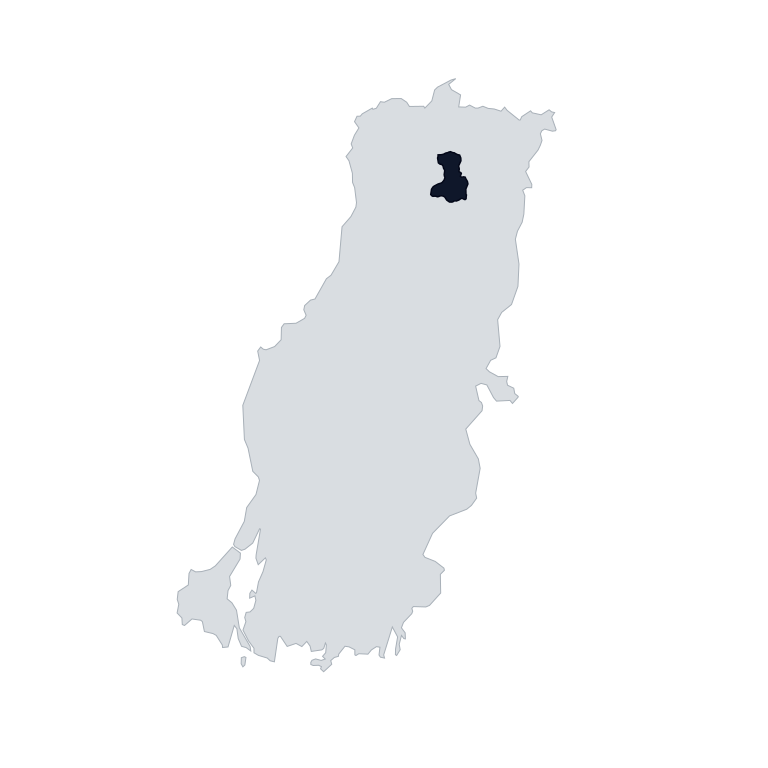 where Mus sits in Turkey, rotated 288°
{"feature_id": "TUR-2310", "entity_name": "Mus", "entity_type": "Province", "adm_level": 1, "iso_a3": "TUR", "parent_name": "Turkey", "parent_adm1": "", "projection": "mercator", "projection_center": [41.844, 39.013], "detail": "fine", "context": "in_parent", "style": "filled", "palette": "ink", "viewbox_px": 768, "rotation_deg": 288, "n_neighbors": 0, "source": "natural_earth", "source_scale": "10m", "svg_char_len": 4795}
<svg xmlns="http://www.w3.org/2000/svg" viewBox="0 0 768 768"><g transform="rotate(288 384 384)"><path d="M588.6,277.6L598.8,281.3L602.2,278.6L611.5,279.0L619.8,281.0L624.4,274.9L630.3,275.6L631.4,278.7L634.2,279.8L642.8,287.6L641.8,288.6L643.9,291.5L651.4,293.4L652.1,297.3L657.8,303.2L660.8,312.2L659.0,318.5L655.8,322.4L660.4,335.9L659.0,337.6L668.0,342.0L679.3,341.3L682.9,343.2L693.8,353.8L696.6,357.9L689.0,352.9L684.8,357.2L682.6,367.5L670.6,369.4L672.5,376.1L675.7,379.2L674.6,385.6L675.4,388.1L678.7,392.2L678.3,397.9L679.6,403.8L679.6,411.0L684.6,413.2L682.3,416.5L676.8,430.9L677.2,432.0L680.8,432.4L689.1,439.0L687.7,441.2L688.6,450.3L695.8,456.3L694.6,459.3L694.9,462.4L689.7,461.0L679.1,469.1L677.9,468.9L676.5,466.1L676.1,458.0L673.6,455.8L670.3,455.4L664.5,459.0L659.3,458.9L654.1,458.2L640.2,453.1L635.2,454.9L629.9,453.0L619.5,462.9L616.3,463.8L614.8,458.8L611.2,456.0L606.5,459.8L588.8,464.5L580.6,465.4L570.6,463.7L562.3,464.2L539.8,475.3L518.3,481.2L499.0,480.7L488.5,473.8L480.3,472.2L455.6,482.7L443.5,482.4L439.5,478.1L430.2,476.3L428.2,480.4L426.3,490.3L429.5,499.4L424.3,499.9L421.0,501.9L420.1,508.7L415.3,511.3L413.7,515.5L412.9,515.6L405.2,512.2L407.3,508.9L402.5,496.3L404.9,492.4L414.9,482.1L414.6,476.1L410.3,471.8L397.6,479.4L396.5,482.4L393.6,484.6L388.9,485.5L366.4,475.7L353.2,484.3L341.9,496.9L333.5,501.5L308.5,504.9L304.1,507.4L295.6,504.7L290.5,501.4L278.8,487.1L257.0,476.3L233.9,473.7L231.8,476.5L231.1,487.5L227.4,497.9L225.5,499.0L220.4,496.4L202.7,502.5L187.5,495.7L184.9,492.7L181.4,480.7L179.2,479.8L176.8,481.5L174.2,481.4L163.3,476.2L157.5,475.9L153.9,481.0L148.2,483.1L148.0,481.6L150.3,478.3L141.1,478.9L136.3,481.5L129.7,479.9L130.1,478.5L135.5,476.9L147.7,475.1L155.5,467.0L126.3,467.4L123.5,469.2L123.1,465.0L124.7,463.0L132.4,461.5L131.9,458.0L127.2,454.2L122.1,452.2L119.7,443.4L117.1,441.2L117.4,440.0L122.2,438.4L123.2,431.9L122.5,427.9L113.1,424.4L110.9,424.8L108.6,421.3L104.5,418.8L101.3,420.9L91.7,415.5L93.5,411.7L95.9,411.8L96.3,408.7L94.4,403.7L94.6,401.1L96.7,400.4L99.0,400.9L101.4,403.9L101.7,409.7L104.3,413.1L106.0,409.7L110.4,411.6L118.1,409.8L119.6,408.3L113.9,408.4L111.9,407.0L107.2,397.5L111.9,394.7L115.3,390.1L108.9,387.0L110.1,380.5L104.5,373.0L112.0,363.5L111.6,362.2L109.3,361.6L85.9,365.6L85.6,361.3L87.3,357.6L87.1,348.4L88.2,343.4L92.5,342.0L97.8,334.6L106.4,325.9L115.3,326.1L118.9,323.7L124.2,323.5L125.8,327.0L130.4,329.4L138.7,329.0L142.6,326.7L138.8,322.4L143.5,321.1L147.2,322.1L145.2,326.8L146.3,327.2L157.0,325.8L168.1,326.9L180.4,326.4L182.0,324.9L173.3,320.2L178.8,316.0L182.0,315.2L207.8,311.4L207.9,310.4L192.1,308.3L183.9,302.8L181.7,299.8L183.3,292.4L185.0,290.5L190.7,290.2L210.2,293.6L224.1,291.6L239.3,296.4L253.8,295.4L256.8,293.2L260.4,286.2L281.0,274.5L288.1,268.4L320.1,256.3L367.9,258.4L376.3,253.7L381.1,255.3L379.8,258.4L380.1,261.3L385.8,268.4L394.3,272.5L406.1,269.0L410.4,270.4L414.6,281.6L421.9,288.2L425.3,288.7L429.8,284.8L434.1,284.3L441.1,288.2L443.5,292.1L466.3,296.7L471.1,300.0L486.4,303.4L520.6,295.5L533.0,300.8L543.5,302.6L548.0,301.8L561.7,295.4L566.0,291.8L574.7,288.8L585.5,281.7L588.6,277.6ZM148.0,257.9L147.1,262.9L149.2,268.4L154.0,276.0L158.9,279.8L182.1,290.1L178.8,299.7L173.0,301.2L153.2,296.6L145.1,300.5L139.3,299.5L131.2,301.2L128.9,307.0L123.3,313.6L107.5,321.7L93.0,337.8L88.9,339.8L90.7,334.4L90.5,329.6L96.9,324.0L105.8,319.7L108.1,316.2L85.7,316.9L83.5,311.9L85.8,310.9L93.1,302.1L93.8,298.5L93.1,289.7L101.9,284.7L102.7,282.7L101.2,274.0L92.7,268.9L92.9,266.5L99.0,264.1L102.3,258.0L111.1,256.9L115.3,253.9L122.9,252.4L132.4,260.0L143.6,257.1L148.0,257.9ZM81.3,337.2L73.8,338.5L71.4,337.2L73.8,334.6L79.6,332.9L81.5,335.4L81.3,337.2Z" fill="#d9dde1" stroke="#a8b0b8" stroke-width="1"/><path d="M599.2,378.2L600.4,377.2L601.8,376.5L605.8,375.8L606.8,374.9L607.4,374.1L609.7,372.7L610.6,371.2L610.4,369.3L611.1,367.4L615.5,365.1L616.8,365.1L618.0,364.8L618.7,364.6L619.6,367.3L620.9,369.6L622.0,370.6L623.0,371.7L623.5,372.9L624.4,373.7L625.5,375.4L625.3,378.1L625.5,378.7L625.6,379.4L625.2,381.0L624.9,383.1L625.1,385.2L622.7,387.2L620.0,388.2L614.7,387.6L613.6,388.0L612.5,388.8L611.2,389.3L609.8,389.4L609.1,389.9L608.7,391.9L608.1,392.5L605.2,392.4L604.6,393.9L605.6,395.6L605.8,397.3L604.4,398.5L602.5,400.7L600.2,402.0L594.7,401.6L589.6,403.4L589.3,404.0L587.5,404.3L585.7,404.8L584.7,404.5L584.3,403.4L584.7,401.7L584.3,400.0L582.1,398.4L580.4,396.3L580.2,395.2L579.8,394.2L579.1,393.6L578.7,393.4L578.0,392.4L577.3,390.0L578.3,386.8L580.6,384.0L581.0,382.3L580.8,380.4L579.9,378.8L579.2,378.2L578.5,376.8L578.6,375.5L578.5,374.9L578.3,374.1L578.1,373.7L577.6,372.5L577.7,371.5L578.6,369.9L583.9,369.0L586.5,369.7L587.7,370.5L590.9,373.6L592.8,376.3L593.6,377.0L596.3,378.1L599.2,378.2Z" fill="#0f172a" stroke="#020617" stroke-width="1.5"/></g></svg>